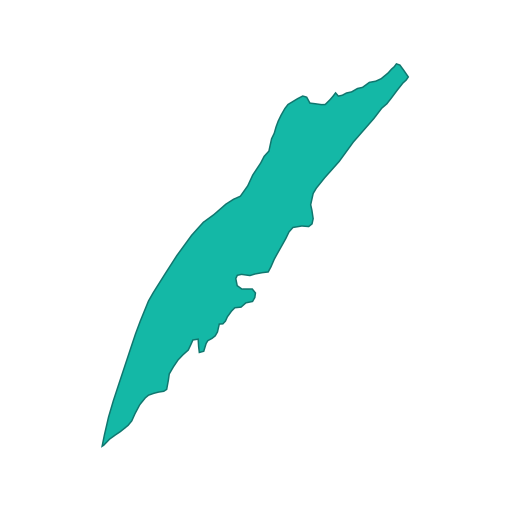 Dorotea, Västerbotten, Sweden (Robinson projection), rotated 278°
{"feature_id": "70781695B84383625110676", "entity_name": "Dorotea", "entity_type": "district", "adm_level": 2, "iso_a3": "SWE", "parent_name": "Sweden", "parent_adm1": "Västerbotten", "projection": "robinson", "projection_center": [15.922, 64.466], "detail": "fine", "context": "isolated", "style": "filled", "palette": "teal", "viewbox_px": 512, "rotation_deg": 278, "n_neighbors": 0, "source": "geoboundaries", "source_scale": "gbopen_adm2", "svg_char_len": 1803}
<svg xmlns="http://www.w3.org/2000/svg" viewBox="0 0 512 512"><g transform="rotate(278 256 256)"><path d="M454.5,381.9L460.6,376.3L465.1,371.9L465.8,368.3L462.7,366.6L459.9,364.2L455.7,361.4L449.0,355.3L445.8,350.3L443.7,344.1L437.8,338.0L436.0,333.2L431.8,327.8L430.0,322.9L427.2,319.1L425.8,315.3L428.6,312.1L424.7,309.9L421.0,307.5L415.6,303.4L415.0,299.7L415.0,292.8L414.9,288.1L420.3,284.1L420.6,282.4L420.9,280.0L417.6,275.3L410.5,266.6L406.1,264.1L399.1,261.3L392.6,259.2L386.6,257.9L380.1,257.0L374.2,255.1L361.7,254.2L355.8,250.2L348.7,247.7L335.7,241.5L324.4,238.1L313.0,232.2L309.1,225.9L303.2,219.0L291.1,208.5L282.1,199.2L267.6,189.4L245.5,177.6L225.5,168.4L205.5,159.4L196.5,155.8L175.5,150.5L162.4,147.6L147.9,144.9L123.2,140.4L110.1,138.0L92.9,134.9L76.0,132.4L57.8,130.8L46.2,130.1L47.4,131.5L54.3,136.5L59.2,141.6L63.3,146.2L70.5,152.9L75.4,155.9L83.0,158.1L92.6,161.6L100.1,166.1L103.2,168.9L105.8,173.9L107.7,178.5L109.2,183.5L111.5,186.1L121.0,186.5L127.1,186.5L134.7,189.6L142.3,193.3L148.0,197.4L153.4,202.0L159.5,203.9L164.1,205.2L165.6,210.3L158.3,211.8L152.6,213.3L154.4,217.5L162.5,218.8L165.5,220.1L168.2,223.8L171.2,226.7L175.4,228.4L183.5,229.1L184.2,232.6L187.3,234.8L191.8,236.1L198.0,239.4L201.8,242.2L203.3,248.3L208.2,252.5L210.5,258.9L214.7,260.6L219.3,260.6L222.8,256.9L221.3,246.6L224.0,241.5L230.9,239.1L234.3,240.2L235.8,244.2L235.8,252.7L238.1,257.6L240.4,264.6L241.9,270.3L247.3,272.3L255.3,274.5L261.1,276.7L269.5,280.0L277.5,283.1L284.4,285.3L289.4,288.6L292.1,297.2L292.5,304.1L295.6,307.0L300.9,307.4L309.0,305.0L314.4,303.0L325.9,303.9L331.6,306.3L343.2,313.2L361.2,325.2L382.4,336.5L408.6,353.6L419.8,359.9L425.2,364.6L425.5,364.7L431.0,367.9L439.9,372.8L447.6,377.3L451.1,380.2L454.5,381.9Z" fill="#14b8a6" stroke="#0f766e" stroke-width="1.5"/></g></svg>